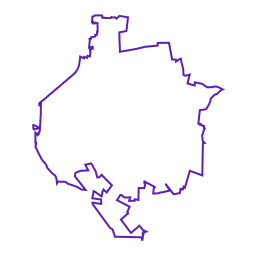 the district of Kanasín, Yucatán, Mexico
{"feature_id": "50627088B17603753996885", "entity_name": "Kanasín", "entity_type": "district", "adm_level": 2, "iso_a3": "MEX", "parent_name": "Mexico", "parent_adm1": "Yucatán", "projection": "robinson", "projection_center": [-89.548, 20.915], "detail": "fine", "context": "isolated", "style": "outline", "palette": "violet", "viewbox_px": 256, "rotation_deg": 0, "n_neighbors": 0, "source": "geoboundaries", "source_scale": "gbopen_adm2", "svg_char_len": 5449}
<svg xmlns="http://www.w3.org/2000/svg" viewBox="0 0 256 256"><path d="M128.0,17.3L120.0,16.0L119.5,15.9L119.2,16.1L117.9,17.4L116.5,18.6L115.6,17.8L115.1,17.3L114.3,17.4L114.0,17.5L112.5,17.4L111.4,17.1L111.2,17.8L110.6,17.9L109.2,18.1L107.4,18.0L105.9,18.0L104.7,17.9L103.7,17.9L103.7,17.6L102.2,17.6L102.1,15.5L100.7,15.4L94.8,15.4L94.5,15.8L94.1,16.0L93.7,16.2L93.4,16.4L93.2,16.5L92.8,16.6L92.6,16.7L92.4,16.7L92.3,19.6L92.0,22.2L93.1,22.0L93.0,22.6L93.0,23.4L94.4,23.4L95.2,23.3L95.3,23.0L95.6,22.6L96.2,22.8L96.8,22.9L97.3,23.1L97.5,23.1L97.5,23.6L97.5,25.3L97.6,26.8L97.6,28.5L97.6,30.2L97.6,31.8L97.1,31.8L97.0,33.2L96.9,33.6L96.9,34.8L95.9,35.0L95.3,34.9L95.3,36.5L94.1,36.7L92.6,37.0L91.1,37.2L91.1,38.6L89.5,38.9L89.8,40.2L89.8,40.3L89.6,42.0L89.5,43.6L89.4,44.3L89.3,45.4L89.1,47.5L91.1,47.1L91.9,46.9L92.6,46.7L92.8,48.6L92.8,48.8L92.6,48.8L92.4,48.7L92.1,48.8L91.3,49.0L89.8,49.2L90.0,50.9L90.1,51.5L90.5,51.5L90.4,52.9L90.3,53.2L90.1,54.4L89.8,56.5L89.6,56.5L88.4,56.1L87.4,55.9L87.0,57.9L85.5,57.4L84.1,56.9L83.9,58.3L83.2,58.0L82.0,57.4L80.2,56.6L80.1,57.9L79.8,60.0L79.5,62.1L79.4,63.0L79.3,63.8L79.1,64.7L79.1,65.0L78.7,66.3L78.5,66.8L78.1,67.9L77.4,69.4L77.3,69.6L76.9,70.1L75.8,71.9L74.7,73.2L74.0,73.8L72.6,75.1L71.0,76.5L70.6,76.9L69.9,77.4L69.6,77.7L68.7,78.4L67.0,79.9L65.3,81.3L63.7,82.6L63.5,82.8L63.0,83.2L62.6,83.6L62.0,84.1L61.1,84.9L60.2,85.7L59.5,86.3L57.1,88.3L56.7,88.6L55.5,89.7L54.4,90.6L53.8,91.1L51.7,92.9L49.1,95.0L45.7,98.0L44.4,99.1L42.0,101.0L39.2,103.4L39.4,105.0L40.9,103.6L40.9,105.2L40.9,105.3L40.9,105.5L40.9,107.3L40.8,108.9L40.8,109.8L40.8,110.6L40.8,112.0L40.8,112.4L40.8,114.1L40.7,115.7L40.6,117.3L40.5,118.9L40.5,119.3L40.4,120.6L40.4,120.9L40.4,121.1L40.4,122.0L40.3,122.8L40.3,123.2L40.3,123.6L40.2,124.3L40.1,125.3L40.1,125.5L40.0,126.2L40.0,128.0L39.4,127.8L38.3,127.4L37.6,126.9L36.9,126.5L36.0,126.1L35.3,125.7L34.6,125.5L34.1,125.4L33.9,125.2L33.3,125.1L33.3,128.4L33.4,128.5L33.9,129.3L34.4,129.3L35.2,129.1L37.1,128.7L38.7,128.4L39.9,128.2L39.7,131.5L38.2,132.9L38.9,133.9L38.4,134.4L37.6,135.2L36.4,133.8L35.8,133.1L35.4,132.7L35.4,133.9L35.4,134.5L35.4,135.2L35.4,136.8L35.5,140.1L35.3,142.5L36.2,142.8L35.8,144.4L36.0,144.5L35.4,146.9L35.5,147.0L35.8,147.4L36.0,147.7L36.2,148.2L36.3,148.4L36.5,148.9L36.8,149.5L37.3,150.5L37.4,150.8L37.8,151.6L38.0,152.0L38.2,152.5L39.0,154.1L39.7,155.4L40.1,156.4L40.9,157.4L41.2,158.5L42.3,160.0L43.4,161.5L44.3,162.4L44.8,162.9L45.5,163.9L46.5,165.3L47.0,167.2L47.2,167.8L49.1,169.9L50.4,171.4L52.1,173.1L52.9,173.8L54.7,175.1L55.6,176.4L56.3,178.1L56.6,179.5L56.7,180.7L56.9,182.5L57.0,183.3L58.0,181.5L60.2,181.7L61.7,181.8L63.2,181.6L65.7,182.0L67.8,183.7L76.7,186.7L81.4,189.5L83.5,189.7L85.6,189.9L81.1,184.2L74.9,176.3L75.5,172.8L80.5,170.8L88.2,170.4L85.3,164.7L91.1,163.4L92.9,166.1L93.4,167.4L94.4,169.1L95.6,171.2L96.9,176.1L97.3,177.5L99.4,177.2L101.7,174.8L105.2,178.6L111.9,185.3L107.2,191.7L106.6,192.5L103.5,189.5L102.5,191.6L102.2,194.2L101.9,195.3L101.5,196.4L94.3,191.3L93.5,191.2L93.5,192.3L92.3,198.3L101.1,199.5L101.2,202.3L101.2,203.9L92.5,202.7L92.7,204.2L109.8,227.6L112.2,229.2L112.9,230.1L113.3,231.9L113.9,232.9L114.5,235.2L114.8,236.7L141.7,237.3L142.0,239.6L142.4,240.6L143.1,234.6L142.6,234.3L142.6,233.4L143.6,233.5L143.4,232.1L144.6,232.0L145.9,231.7L146.2,231.6L145.2,231.1L143.4,230.2L142.9,230.0L140.4,226.9L139.2,225.7L138.8,226.3L131.0,232.9L129.8,231.4L129.1,230.5L128.9,230.2L127.9,228.9L127.2,228.0L126.6,227.2L122.7,221.9L120.9,219.6L122.4,218.3L124.1,216.8L126.0,215.2L128.2,213.3L127.2,212.3L129.6,206.7L123.4,203.5L116.9,200.1L117.1,199.9L118.0,198.8L119.9,195.6L120.1,195.2L120.4,195.1L121.1,194.9L121.1,195.1L122.9,196.1L123.0,196.5L124.2,197.3L125.2,197.5L125.5,197.5L126.7,197.5L128.2,197.4L129.0,197.3L130.3,197.3L129.1,200.9L134.0,200.7L134.7,200.8L134.9,199.3L135.8,199.4L138.4,200.0L138.7,188.0L144.2,188.2L145.5,183.2L144.2,182.7L144.5,181.5L154.8,187.0L153.8,188.2L153.2,193.5L154.6,193.5L158.1,193.3L159.7,192.9L159.8,192.6L160.4,192.5L162.8,192.2L169.5,190.6L169.9,190.6L165.4,183.7L171.2,191.1L171.9,192.1L173.6,194.1L174.0,194.1L174.5,194.1L174.9,194.0L175.1,194.0L175.5,193.9L175.8,193.8L176.1,193.8L176.4,193.7L176.7,193.7L177.1,193.6L177.6,193.5L178.2,193.4L178.7,193.3L179.4,193.2L179.9,193.1L180.3,190.4L180.7,189.9L180.3,189.3L180.9,188.8L181.5,189.5L183.0,189.4L183.3,187.4L183.6,186.7L184.9,187.7L189.8,170.8L202.3,175.4L202.9,143.1L204.6,142.9L202.7,140.8L202.2,135.6L202.4,134.5L202.8,134.0L204.1,129.4L204.2,129.2L204.5,128.8L204.7,128.4L203.8,127.9L204.1,126.0L201.9,125.5L202.0,125.2L200.2,124.8L200.4,123.9L198.3,123.7L199.1,116.9L199.4,114.1L199.7,111.7L199.9,110.1L206.0,109.3L208.9,104.7L210.4,100.9L210.8,98.4L214.6,94.8L215.7,94.4L216.9,94.0L218.2,92.7L221.2,90.0L222.7,89.4L217.6,86.8L214.1,86.5L213.1,87.1L207.2,87.3L206.1,86.5L202.0,83.8L194.8,82.3L194.7,85.5L192.4,84.9L187.6,83.5L188.6,78.9L189.7,74.6L185.3,75.8L183.4,74.7L183.5,74.5L183.2,69.0L182.3,65.4L181.7,63.3L180.7,58.6L179.1,59.5L176.0,61.5L176.0,59.7L172.8,59.4L172.3,59.4L172.1,59.4L171.7,57.0L171.6,56.3L171.4,55.7L171.4,55.4L171.4,54.9L171.3,54.7L171.2,54.4L170.9,52.9L170.6,51.6L170.4,50.5L170.0,48.1L169.9,47.5L169.8,47.0L169.6,46.0L169.3,44.4L169.0,42.8L157.7,42.9L157.6,45.6L145.0,46.8L138.0,48.5L136.3,48.9L128.4,50.3L119.9,51.8L119.9,50.0L119.9,49.1L119.8,47.4L119.7,43.3L119.5,40.6L119.5,40.3L119.4,34.7L119.3,32.4L126.4,31.0L128.0,17.3Z" fill="none" stroke="#5b21b6" stroke-width="2"/></svg>